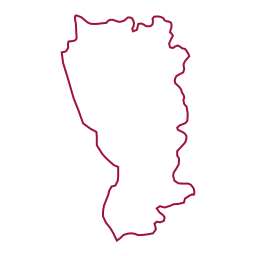 the district of Byerastavitsa, Grodno, Belarus
{"feature_id": "67162791B90230438084188", "entity_name": "Byerastavitsa", "entity_type": "district", "adm_level": 2, "iso_a3": "BLR", "parent_name": "Belarus", "parent_adm1": "Grodno", "projection": "mercator", "projection_center": [23.993, 53.236], "detail": "fine", "context": "isolated", "style": "outline", "palette": "rose", "viewbox_px": 256, "rotation_deg": 0, "n_neighbors": 0, "source": "geoboundaries", "source_scale": "gbopen_adm2", "svg_char_len": 2348}
<svg xmlns="http://www.w3.org/2000/svg" viewBox="0 0 256 256"><path d="M61.7,52.3L63.1,63.0L67.4,76.8L73.6,98.2L78.3,110.0L83.1,123.3L90.2,128.6L96.4,131.9L96.8,136.6L96.8,145.2L99.2,149.0L102.1,153.7L105.4,157.5L110.6,162.3L113.9,165.1L118.2,167.0L118.2,176.5L117.7,180.8L115.4,185.5L111.6,186.5L109.2,190.8L108.2,195.0L105.9,200.7L104.0,205.5L103.0,211.7L103.0,216.4L105.9,222.6L110.1,227.8L113.5,233.5L116.8,240.6L120.2,238.2L123.6,234.9L127.4,233.7L131.2,233.3L134.4,233.7L138.2,235.1L142.9,234.9L147.4,234.4L153.0,233.3L155.9,229.3L155.4,227.0L154.5,223.6L156.8,221.7L160.3,222.3L163.9,220.8L164.6,217.4L163.2,215.2L159.5,212.4L156.7,208.4L159.9,206.2L164.8,207.5L170.4,205.7L173.8,204.2L178.7,203.9L183.9,202.6L185.0,198.6L189.5,195.6L192.2,194.3L193.7,194.8L194.3,193.6L194.3,191.3L193.6,188.3L190.9,184.8L188.3,183.6L182.8,183.6L178.3,183.3L174.5,180.8L173.1,175.9L173.7,172.7L176.7,167.9L178.7,164.4L179.1,159.6L178.7,157.9L177.2,155.6L177.2,151.1L179.7,148.5L181.4,146.6L183.9,143.9L185.4,142.0L186.4,138.4L186.4,135.9L185.0,133.9L183.3,132.4L180.3,131.0L177.8,129.7L177.2,127.7L179.6,125.4L182.8,124.2L185.4,123.1L187.3,120.8L187.6,116.9L187.7,113.5L186.6,106.8L184.1,103.8L183.4,100.1L184.3,97.3L183.4,94.7L181.9,92.4L181.2,89.7L179.6,87.3L177.6,85.4L175.1,83.0L174.7,80.3L175.2,78.5L176.3,76.2L178.3,74.9L180.3,73.9L183.2,72.4L184.2,69.1L183.7,66.2L183.7,63.9L184.9,61.4L186.6,59.2L189.3,56.2L188.4,53.9L186.4,50.7L185.0,48.9L182.2,48.3L180.0,46.7L177.8,45.5L175.5,46.3L173.0,48.0L170.1,47.4L169.1,43.8L169.9,41.6L171.1,39.2L172.9,35.8L171.6,33.6L170.0,32.4L170.6,29.8L171.4,27.6L171.5,24.6L170.9,22.6L168.6,21.5L167.0,21.4L166.1,21.0L164.5,20.3L163.3,18.1L160.6,16.9L157.7,16.4L154.0,16.7L152.5,18.9L153.0,21.0L152.6,24.1L151.3,25.6L149.5,26.3L146.2,26.2L143.5,24.4L141.0,23.5L138.4,23.9L137.7,26.1L137.4,28.2L136.6,30.0L133.0,31.3L132.3,28.7L133.6,26.0L134.0,23.2L133.1,20.1L131.8,18.1L129.8,17.4L127.6,17.6L125.8,19.3L124.0,20.7L121.2,21.6L119.0,21.8L116.1,21.0L113.3,19.9L110.3,19.8L108.2,20.7L106.3,22.9L102.0,23.3L98.3,23.8L94.3,24.0L90.7,23.8L87.4,22.3L84.1,19.6L81.4,17.3L78.4,16.1L75.9,15.4L75.0,16.5L75.1,20.2L75.8,23.2L76.1,26.9L76.2,29.7L76.3,33.6L76.6,37.2L76.5,38.7L75.4,40.2L73.1,41.0L68.5,41.5L67.9,44.3L68.2,47.5L67.9,48.5L65.9,51.3L64.7,51.8L63.5,52.0L61.7,52.3Z" fill="none" stroke="#9f1239" stroke-width="2"/></svg>